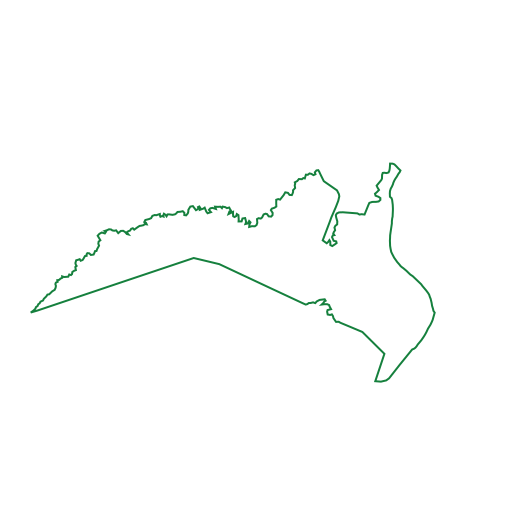 Curuá, Pará, Brazil, rotated 292°
{"feature_id": "56859067B85685646655485", "entity_name": "Curuá", "entity_type": "district", "adm_level": 2, "iso_a3": "BRA", "parent_name": "Brazil", "parent_adm1": "Pará", "projection": "albers", "projection_center": [-55.089, -1.793], "detail": "fine", "context": "isolated", "style": "outline", "palette": "green", "viewbox_px": 512, "rotation_deg": 292, "n_neighbors": 0, "source": "geoboundaries", "source_scale": "gbopen_adm2", "svg_char_len": 4976}
<svg xmlns="http://www.w3.org/2000/svg" viewBox="0 0 512 512"><g transform="rotate(292 256 256)"><path d="M119.2,68.3L123.4,73.6L184.6,145.0L230.8,199.0L232.3,208.9L234.7,225.0L231.9,276.1L229.7,317.4L229.6,320.3L230.7,321.7L232.1,322.5L233.0,324.4L234.4,326.3L234.5,328.6L236.6,329.3L239.1,331.4L241.6,335.9L240.6,337.3L239.5,336.4L237.6,336.0L235.6,335.1L237.0,337.6L238.0,340.1L237.9,342.2L236.8,343.1L234.8,345.5L233.8,344.1L232.7,342.6L231.0,342.8L228.6,344.4L229.1,346.8L230.3,348.2L229.1,349.9L227.4,351.1L224.9,354.9L226.0,357.3L225.7,359.3L225.6,369.4L225.4,383.1L215.2,407.4L213.4,411.7L184.6,413.5L186.3,418.9L189.4,423.3L192.4,425.2L209.0,430.0L227.8,435.8L229.4,437.4L230.8,438.2L232.7,438.8L234.5,439.1L239.7,440.8L244.2,441.8L246.6,442.2L249.3,442.5L253.1,442.7L257.7,443.5L261.2,443.7L263.1,443.7L266.7,443.3L270.4,442.9L271.6,441.1L273.2,440.0L275.8,437.9L278.3,436.4L281.8,433.9L283.1,432.6L285.0,431.0L286.1,429.5L287.8,426.7L290.5,421.6L291.7,419.7L296.0,408.9L296.6,406.0L297.4,404.0L298.6,401.1L299.9,397.1L300.3,395.4L300.9,393.7L301.8,392.2L303.3,389.2L306.2,384.7L309.2,381.2L310.5,379.8L313.2,378.0L315.7,376.5L317.3,375.8L320.4,374.4L322.5,373.7L325.5,372.6L328.3,371.9L330.4,371.4L337.0,369.8L339.3,368.9L341.9,368.2L343.7,367.9L349.4,365.9L351.2,365.2L354.7,363.6L359.0,361.2L360.4,360.0L361.1,358.0L364.2,356.6L366.4,355.9L369.0,355.7L371.1,356.0L373.8,356.1L375.4,355.9L377.9,356.0L380.0,356.3L382.2,356.8L385.8,357.3L387.4,357.8L389.4,357.9L390.4,355.4L391.9,352.2L392.8,350.0L392.8,348.1L391.9,345.7L389.9,346.4L387.0,347.3L384.9,347.7L383.1,347.6L381.8,346.0L381.2,343.6L380.5,342.4L378.5,342.5L376.9,343.1L374.9,343.8L373.3,343.7L371.7,343.2L366.4,341.5L365.0,343.0L363.3,345.3L360.6,344.2L358.3,343.0L356.7,344.3L356.8,347.4L356.3,349.6L354.6,350.3L352.5,349.3L351.0,346.7L349.7,343.5L347.7,341.2L345.2,341.1L335.1,341.1L334.3,338.2L333.2,336.4L333.5,334.1L329.1,320.2L327.5,316.6L325.7,315.0L323.8,314.7L321.8,315.9L318.6,318.4L315.7,319.4L313.8,318.3L311.8,318.1L309.5,319.7L307.5,319.2L305.8,319.2L304.7,320.8L303.9,319.5L302.0,319.4L299.2,322.3L299.6,324.9L298.2,325.9L296.4,324.8L293.8,323.0L294.0,320.8L297.1,319.5L298.2,318.1L295.9,317.6L294.3,316.8L295.5,312.0L314.8,311.6L320.1,311.4L331.1,311.7L337.9,311.6L342.5,310.9L344.4,309.7L347.2,306.5L350.4,292.4L350.8,290.8L356.6,284.3L357.7,283.2L358.9,281.6L358.0,280.0L355.6,279.2L354.1,280.5L352.5,279.0L352.9,276.6L352.6,274.7L350.7,273.6L350.1,271.8L346.2,272.2L346.0,270.7L344.4,269.8L343.4,266.9L341.0,266.2L338.8,264.4L337.6,265.3L336.1,265.4L333.7,266.8L330.8,265.7L329.3,266.4L327.6,266.5L325.9,266.4L325.2,264.2L326.5,262.0L326.0,259.3L322.7,258.8L317.3,257.2L317.1,255.3L315.7,253.7L312.2,255.1L309.5,256.3L307.7,255.1L305.8,252.9L304.1,252.6L302.2,255.3L300.1,256.0L298.2,255.3L297.5,252.9L299.0,250.6L298.8,249.0L297.4,247.5L294.0,247.2L292.5,246.4L292.0,244.2L290.6,243.1L287.2,244.8L284.9,244.9L283.1,243.8L282.1,241.0L280.4,238.8L282.8,238.1L285.1,238.3L285.9,236.5L283.1,236.2L281.7,234.2L283.8,234.1L285.7,232.8L287.1,231.7L285.7,229.4L282.7,229.7L281.5,226.9L283.6,226.2L287.3,224.4L287.7,222.5L285.6,222.7L284.1,221.5L284.3,220.0L286.6,218.8L288.3,218.2L284.6,214.8L287.3,214.7L288.6,215.9L289.9,214.1L290.9,213.0L289.5,211.1L289.8,209.2L289.3,206.6L287.6,206.5L288.4,204.6L287.3,202.3L286.4,199.6L284.6,201.2L284.3,197.6L283.1,195.8L281.1,195.1L279.8,197.8L277.5,195.1L278.6,193.2L281.6,190.3L280.1,189.3L277.9,186.8L279.5,186.6L280.7,184.9L279.6,183.9L278.3,185.0L276.0,183.2L278.6,178.8L277.2,176.6L275.4,176.3L273.5,176.0L271.4,176.7L269.9,176.8L267.5,176.0L267.1,174.2L269.2,173.4L270.1,171.3L268.7,169.3L267.4,166.7L265.6,166.1L264.3,165.3L262.9,163.2L262.1,160.0L261.4,158.4L259.3,158.2L260.3,156.6L260.7,154.8L259.1,154.8L257.9,155.5L257.9,154.0L256.6,152.7L257.6,151.7L258.9,151.1L256.4,148.2L256.1,146.8L254.4,144.9L251.8,144.6L250.2,143.0L247.9,139.9L245.7,139.7L245.6,141.5L244.4,142.8L243.9,140.8L242.5,140.2L241.1,138.2L240.3,136.8L238.3,135.4L234.8,133.2L235.6,131.4L234.4,130.1L232.4,129.7L231.1,128.3L229.5,127.2L228.2,129.6L228.0,128.0L229.2,125.6L229.6,123.4L228.6,121.3L225.6,119.7L227.4,116.7L226.3,115.1L225.9,113.2L226.3,111.7L225.7,109.7L224.2,108.3L222.5,106.3L222.2,107.8L220.3,107.4L220.0,104.2L217.9,102.5L215.5,101.6L212.3,105.8L210.4,104.7L208.3,105.2L206.8,106.6L202.9,106.1L200.9,106.2L200.2,104.9L198.3,105.0L196.5,104.9L195.1,102.5L196.0,100.5L195.5,98.6L194.1,98.3L192.7,98.9L191.8,97.4L189.1,97.1L187.3,96.7L185.9,95.2L187.0,93.7L185.8,92.4L184.7,90.9L181.8,91.2L180.4,92.2L179.6,93.4L178.1,92.6L175.4,94.3L174.3,93.0L172.4,91.7L170.3,92.2L169.0,91.6L168.9,89.8L166.5,89.7L164.6,85.9L164.5,83.9L163.2,84.5L161.8,83.2L160.2,82.5L159.1,80.8L157.8,81.8L156.3,80.4L154.8,80.5L153.3,81.7L151.4,82.1L149.2,82.0L146.9,80.3L143.0,78.6L142.1,77.1L140.0,76.7L136.8,75.3L135.0,75.2L132.9,73.3L131.0,73.1L129.7,72.2L127.8,72.2L126.1,71.1L124.5,71.2L123.1,70.6L121.7,69.9L119.2,68.3Z" fill="none" stroke="#15803d" stroke-width="2"/></g></svg>